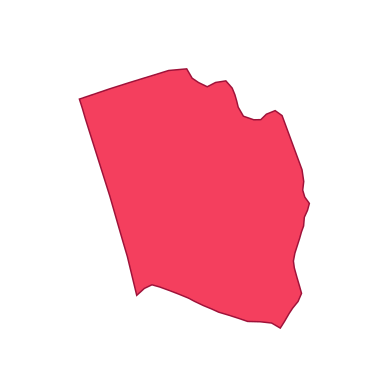 outline of Sangão, Santa Catarina, Brazil, rotated 290°
{"feature_id": "56859067B58015021495227", "entity_name": "Sangão", "entity_type": "district", "adm_level": 2, "iso_a3": "BRA", "parent_name": "Brazil", "parent_adm1": "Santa Catarina", "projection": "natural_earth1", "projection_center": [-49.129, -28.647], "detail": "fine", "context": "isolated", "style": "filled", "palette": "rose", "viewbox_px": 384, "rotation_deg": 290, "n_neighbors": 0, "source": "geoboundaries", "source_scale": "gbopen_adm2", "svg_char_len": 939}
<svg xmlns="http://www.w3.org/2000/svg" viewBox="0 0 384 384"><g transform="rotate(290 192 192)"><path d="M94.3,321.5L102.0,323.2L111.0,324.8L117.3,326.3L125.4,329.1L134.2,329.6L140.2,325.3L147.8,319.7L155.7,314.1L161.8,310.9L169.7,309.6L177.3,309.3L185.2,309.0L191.9,308.5L198.2,308.5L206.7,306.2L214.3,306.8L221.4,306.2L225.8,299.7L231.6,295.4L240.1,293.4L250.5,287.8L294.6,250.5L296.9,242.3L290.6,235.3L283.5,231.9L281.0,225.4L280.8,214.4L287.5,206.4L292.9,202.8L298.1,199.0L303.4,194.2L308.0,185.8L303.0,176.7L296.1,170.3L297.1,160.7L299.0,153.2L305.9,144.9L298.2,128.5L273.3,95.6L260.5,79.0L240.8,54.4L233.2,60.3L225.0,66.3L215.2,73.8L159.9,116.3L133.1,135.8L121.2,144.5L109.3,153.3L76.0,175.4L85.1,180.2L91.1,186.1L91.7,194.2L91.7,203.3L91.5,214.8L91.1,224.7L90.1,231.9L89.2,241.4L88.8,250.5L88.2,258.1L88.8,268.3L89.2,278.4L89.4,288.6L93.4,300.5L96.1,311.6L94.3,321.5Z" fill="#f43f5e" stroke="#9f1239" stroke-width="1.5"/></g></svg>